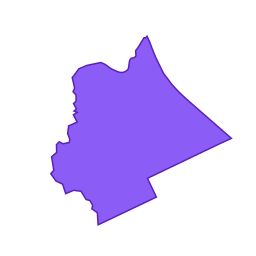 Jefferson, Texas, United States of America (orthographic projection), rotated 245°
{"feature_id": "52423323B61382457071366", "entity_name": "Jefferson", "entity_type": "district", "adm_level": 2, "iso_a3": "USA", "parent_name": "United States of America", "parent_adm1": "Texas", "projection": "orthographic", "projection_center": [-94.044, 29.875], "detail": "fine", "context": "isolated", "style": "filled", "palette": "violet", "viewbox_px": 256, "rotation_deg": 245, "n_neighbors": 0, "source": "geoboundaries", "source_scale": "gbopen_adm2", "svg_char_len": 1011}
<svg xmlns="http://www.w3.org/2000/svg" viewBox="0 0 256 256"><g transform="rotate(245 128 128)"><path d="M53.4,123.7L53.4,124.5L74.2,124.4L75.0,203.2L74.9,217.3L129.7,193.1L139.1,189.3L148.8,186.2L162.5,183.3L179.8,182.9L190.2,183.5L197.2,184.0L203.1,184.0L202.3,182.0L203.0,180.6L196.7,171.1L195.0,167.9L194.1,167.2L190.4,165.9L189.7,165.3L189.1,162.9L189.9,160.4L189.1,158.8L188.0,157.6L182.0,153.7L181.0,152.4L180.4,150.3L180.3,148.6L180.6,146.7L181.9,144.1L183.5,142.3L187.4,138.9L189.9,137.1L194.4,134.7L196.6,133.1L198.7,131.1L198.9,130.9L202.1,117.2L202.4,108.4L198.4,101.3L197.4,98.8L186.7,96.5L184.1,93.5L179.8,94.9L174.1,92.1L173.3,89.0L167.0,89.3L166.2,86.2L163.6,88.6L163.1,84.1L154.9,84.4L155.0,75.1L148.5,71.0L142.1,70.4L139.7,68.5L141.2,62.4L144.6,59.8L143.1,56.1L136.0,53.0L134.2,46.6L121.1,42.9L119.2,38.7L110.2,40.4L104.8,45.0L94.8,43.8L94.5,52.4L90.5,58.7L80.9,59.8L78.4,62.8L72.9,63.3L70.0,61.1L64.2,64.4L52.9,60.0L53.4,123.7Z" fill="#8b5cf6" stroke="#5b21b6" stroke-width="1.5"/></g></svg>